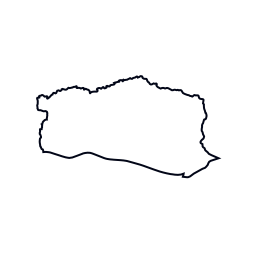 outline of Cornu, Prahova, Romania, rotated 300°
{"feature_id": "2599482B24728633009802", "entity_name": "Cornu", "entity_type": "district", "adm_level": 2, "iso_a3": "ROU", "parent_name": "Romania", "parent_adm1": "Prahova", "projection": "robinson", "projection_center": [25.708, 45.167], "detail": "fine", "context": "isolated", "style": "outline", "palette": "ink", "viewbox_px": 256, "rotation_deg": 300, "n_neighbors": 0, "source": "geoboundaries", "source_scale": "gbopen_adm2", "svg_char_len": 5702}
<svg xmlns="http://www.w3.org/2000/svg" viewBox="0 0 256 256"><g transform="rotate(300 128 128)"><path d="M179.3,113.1L178.3,112.4L177.7,112.2L177.3,111.7L176.6,111.3L177.1,110.3L177.1,110.1L176.9,109.8L176.3,109.4L175.5,109.1L175.2,108.8L173.8,107.4L172.8,107.1L172.6,106.9L172.2,106.2L172.2,105.8L172.3,105.2L172.2,104.9L172.0,104.7L171.3,104.4L170.4,103.7L169.5,103.2L168.5,101.9L167.5,100.8L167.4,100.5L167.6,100.3L167.6,100.2L167.6,99.9L167.3,99.7L167.0,99.7L166.5,100.1L166.3,100.2L165.9,100.1L165.8,99.9L165.9,99.7L166.3,99.1L166.2,98.5L165.7,97.6L165.1,97.1L165.0,96.8L164.6,96.6L164.3,96.5L164.1,96.6L164.1,96.9L164.0,97.1L163.8,97.2L163.5,97.1L162.8,96.0L161.4,94.8L161.1,94.2L160.6,93.8L160.3,93.7L160.1,93.5L159.9,93.9L159.7,94.3L159.2,94.3L158.8,94.2L158.1,93.5L156.8,91.9L156.4,91.6L156.2,91.4L155.4,91.4L154.8,91.2L154.5,90.7L154.4,90.2L154.2,90.0L154.2,89.2L153.9,88.7L153.5,88.4L153.3,88.4L153.0,88.5L152.8,89.0L152.6,89.1L152.2,89.1L151.5,88.7L150.9,88.2L150.6,87.8L150.6,87.3L150.8,86.9L151.1,86.5L151.1,86.3L151.0,86.0L150.5,85.7L148.9,85.2L148.6,85.1L148.5,84.9L148.6,84.1L148.5,83.6L148.1,82.8L147.1,81.9L146.7,81.7L146.0,81.7L145.8,81.9L145.7,82.5L145.2,82.9L144.9,83.1L144.7,83.1L144.1,82.9L143.9,82.8L143.7,82.4L142.8,80.9L142.5,80.3L141.3,78.8L140.8,78.4L140.4,78.1L139.3,77.9L139.2,77.7L139.4,77.4L140.5,76.5L140.9,75.9L141.1,75.4L141.2,74.3L140.9,73.6L140.9,72.8L140.8,71.8L140.5,71.6L139.4,70.9L139.3,70.7L139.6,70.4L140.2,70.1L140.4,69.5L140.3,69.2L140.1,68.8L138.6,67.4L138.6,67.2L138.6,66.4L138.2,65.3L138.0,65.0L137.4,64.3L137.1,63.8L137.1,63.5L137.2,63.3L137.7,63.0L138.3,62.8L138.3,62.6L138.3,62.3L137.5,61.8L136.7,60.9L136.5,60.5L136.1,60.1L135.4,59.8L134.8,59.0L134.2,58.5L133.3,57.3L133.0,56.3L131.0,55.7L130.5,55.4L130.1,55.0L129.7,54.2L129.5,53.4L129.3,52.7L129.2,51.9L128.7,51.4L128.3,51.2L127.7,51.5L126.6,51.1L126.3,50.9L126.1,50.7L126.0,50.4L125.9,49.1L124.9,48.1L124.6,48.1L123.3,48.2L122.7,48.3L122.4,48.3L121.9,48.0L121.7,47.8L121.5,46.5L121.3,46.2L121.1,45.9L120.1,45.7L119.8,45.8L119.2,45.9L118.5,45.3L117.7,45.1L115.3,44.6L113.7,43.9L113.3,43.7L113.2,43.2L113.3,43.1L113.5,42.9L114.7,42.6L114.9,42.3L114.9,41.9L114.6,41.4L113.8,40.6L113.5,40.2L113.5,39.7L113.8,38.8L113.8,38.2L113.8,37.7L113.7,37.3L113.4,36.9L112.4,36.3L111.8,35.5L111.3,35.2L111.1,35.1L110.7,35.2L110.3,35.9L110.1,36.0L109.4,35.3L108.8,34.4L108.4,34.4L108.0,34.6L107.2,35.4L107.0,35.8L106.0,36.5L103.6,37.8L102.3,38.0L99.8,39.9L99.6,39.9L99.3,40.5L98.8,40.9L98.8,41.2L98.9,41.9L99.0,42.2L99.7,43.4L100.2,46.3L100.5,46.9L101.4,48.1L101.5,48.4L101.5,48.9L101.5,49.6L101.2,49.8L100.6,50.7L99.5,51.1L98.8,51.7L95.0,53.2L94.8,53.4L94.7,53.2L94.2,52.8L93.8,52.4L93.2,51.9L92.0,51.6L91.5,51.4L90.6,51.3L90.4,51.3L89.8,51.5L88.7,51.7L88.2,51.4L88.0,52.0L87.8,52.2L87.0,52.4L85.5,53.3L84.9,53.3L83.8,53.8L83.3,53.1L83.0,52.5L82.5,52.6L81.2,53.5L80.5,53.8L79.9,53.9L78.8,54.5L78.6,54.7L78.5,55.3L78.2,55.6L77.2,56.8L76.5,57.3L76.2,57.4L75.1,57.1L74.8,57.1L73.8,57.5L72.1,58.3L70.8,59.2L69.9,60.0L68.5,61.0L68.3,61.2L68.3,61.5L68.2,61.7L67.8,62.0L67.6,62.5L67.1,63.0L66.6,63.8L66.6,64.0L66.8,64.6L66.8,64.8L66.8,65.0L66.1,65.8L64.8,66.7L65.7,68.0L66.5,69.4L67.3,71.2L67.9,72.8L69.0,78.0L69.8,81.6L70.5,85.0L71.4,88.6L72.1,90.6L72.7,92.1L73.9,93.6L74.6,94.5L78.4,97.7L82.8,101.3L83.5,101.8L84.6,103.0L85.1,103.6L86.5,105.5L87.2,107.0L87.5,107.5L88.0,109.3L88.3,111.0L88.8,114.3L90.0,122.3L90.4,124.1L90.8,125.4L91.8,128.0L93.6,131.9L96.4,137.6L97.6,140.2L98.7,143.0L99.0,143.9L100.5,149.7L102.3,156.8L103.0,160.2L105.0,171.3L106.2,177.3L107.1,180.8L108.1,184.2L109.4,188.0L110.1,189.6L111.0,191.9L112.4,194.7L113.8,196.6L114.2,197.2L116.3,199.0L115.2,199.4L113.2,199.9L114.9,203.8L115.6,204.8L117.2,206.0L121.4,207.8L129.9,212.9L132.0,214.6L133.6,215.1L136.0,215.5L137.5,215.2L139.4,215.2L141.1,216.2L147.1,221.6L146.2,213.6L146.2,212.7L146.1,211.9L146.1,210.9L146.3,210.3L146.7,209.5L147.0,208.0L147.2,206.7L147.4,206.1L147.7,205.5L148.6,204.7L148.8,204.3L148.9,203.3L148.9,202.8L149.0,202.5L149.3,201.9L151.0,200.7L151.3,200.5L151.3,200.2L151.3,199.1L151.3,198.6L151.5,198.3L151.8,198.0L152.1,197.8L152.7,197.7L153.4,197.7L154.9,198.0L155.9,198.4L156.4,198.6L156.9,198.6L157.9,198.4L158.8,198.1L160.1,196.1L161.5,194.8L162.0,194.1L162.4,193.3L163.1,192.8L164.3,192.2L166.0,191.6L167.1,190.9L168.4,190.5L169.7,190.6L171.2,190.2L172.1,190.0L172.8,189.8L173.2,189.8L173.5,189.8L173.8,190.0L174.1,190.5L174.4,190.7L175.1,190.8L175.6,190.7L177.3,190.2L178.2,189.7L179.1,188.9L179.8,188.1L179.7,187.9L179.8,187.5L180.3,187.1L180.5,186.8L181.1,186.3L182.8,184.3L184.1,183.3L185.8,182.2L186.4,181.9L186.5,181.6L186.7,181.0L186.8,180.7L187.0,180.6L190.0,179.4L190.3,179.1L190.4,178.7L190.3,178.2L190.1,177.7L189.8,177.1L189.4,175.8L189.4,175.3L189.7,174.4L191.1,173.0L191.2,172.3L190.8,171.5L190.1,170.3L189.9,169.5L189.7,169.0L189.2,168.7L187.8,168.2L187.4,168.0L187.3,167.7L187.2,166.6L186.9,166.0L186.8,165.6L186.8,164.3L186.3,162.8L185.9,160.5L185.8,159.3L185.8,158.1L186.1,157.5L187.1,155.7L187.2,155.0L187.0,154.5L186.8,154.0L186.2,153.5L186.0,153.1L186.0,152.3L185.9,152.0L185.2,151.4L184.5,149.3L184.0,148.7L183.3,148.1L183.0,147.7L182.7,147.1L182.6,143.3L182.4,142.3L182.2,141.8L181.9,141.4L180.9,140.5L180.7,140.1L180.6,139.2L180.4,138.6L179.7,137.5L178.5,136.6L178.4,135.9L178.3,133.6L178.5,132.5L179.0,131.4L180.4,131.0L180.6,130.4L180.6,130.1L179.8,129.3L179.6,128.8L179.4,127.9L177.8,126.9L177.3,126.3L177.1,126.0L177.1,125.6L177.1,124.9L177.9,123.4L177.9,122.5L178.2,121.7L178.6,121.0L179.4,120.1L179.6,119.7L179.7,119.4L179.6,119.1L178.8,117.6L178.6,116.8L178.7,115.7L179.1,115.1L179.6,114.7L179.7,114.2L179.6,113.9L179.3,113.1Z" fill="none" stroke="#020617" stroke-width="2"/></g></svg>